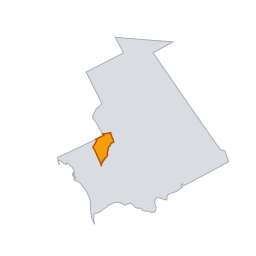 Atar, Adrar, Mauritania (highlighted), rotated 334°
{"feature_id": "47542326B12791497255333", "entity_name": "Atar", "entity_type": "district", "adm_level": 2, "iso_a3": "MRT", "parent_name": "Mauritania", "parent_adm1": "Adrar", "projection": "albers", "projection_center": [-13.574, 20.45], "detail": "fine", "context": "in_parent", "style": "filled", "palette": "amber", "viewbox_px": 256, "rotation_deg": 334, "n_neighbors": 0, "source": "geoboundaries", "source_scale": "gbopen_adm2", "svg_char_len": 4097}
<svg xmlns="http://www.w3.org/2000/svg" viewBox="0 0 256 256"><g transform="rotate(334 128 128)"><path d="M112.9,214.5L112.6,214.4L111.1,213.4L110.4,212.2L109.3,211.3L107.7,210.7L106.7,210.1L106.2,209.3L105.6,208.8L105.0,208.5L105.0,208.3L105.1,207.9L105.0,207.2L104.0,205.6L103.2,204.9L102.5,205.0L102.0,204.8L101.8,204.5L101.7,204.0L101.2,203.5L100.3,203.4L99.6,202.2L99.1,200.1L98.4,198.4L97.6,197.2L97.0,196.8L96.6,196.7L96.4,196.5L96.3,196.2L95.7,196.1L94.7,196.4L93.9,196.3L93.5,195.7L93.0,195.7L92.2,196.1L91.5,196.0L90.6,195.2L90.1,194.5L90.0,193.7L88.6,192.2L85.7,190.0L82.6,188.9L79.2,189.1L77.3,188.9L76.9,188.6L76.5,188.6L76.1,189.0L75.6,189.1L75.2,188.9L74.9,189.0L74.8,189.6L73.6,189.9L71.3,189.9L69.5,190.2L68.1,190.9L66.1,191.1L63.6,191.0L62.0,190.7L61.5,190.3L60.8,190.2L59.8,190.4L59.0,191.5L58.2,193.5L57.6,194.6L57.1,194.9L56.5,196.4L56.2,198.9L55.7,199.9L55.8,193.7L56.6,191.4L56.9,189.4L58.5,184.9L60.4,181.3L62.2,176.4L62.9,171.6L62.8,167.0L62.3,162.8L61.5,160.1L60.7,156.1L59.5,154.0L57.3,152.1L56.9,151.1L57.4,150.7L58.8,150.4L59.6,149.0L57.8,149.5L60.0,145.2L60.7,142.3L60.6,140.3L61.0,139.1L59.5,136.5L58.3,133.2L57.7,132.6L57.0,132.4L56.9,133.1L56.5,133.8L55.8,133.4L54.4,131.0L52.6,127.0L51.9,126.6L51.4,127.1L51.0,127.6L50.3,130.9L50.1,129.6L50.4,128.1L50.9,126.2L51.5,123.6L53.2,123.7L56.2,123.7L62.1,123.8L65.1,123.9L71.0,123.9L74.0,124.0L79.9,124.0L82.9,124.0L88.8,124.0L91.8,124.0L97.7,124.0L100.7,124.0L102.6,124.0L102.5,122.2L102.4,120.7L102.3,118.7L102.1,116.8L102.0,114.8L101.9,113.0L101.8,111.1L101.7,109.4L101.6,107.9L101.4,107.0L100.8,105.2L100.6,104.3L100.8,103.4L101.2,102.5L102.3,100.9L104.1,99.6L106.1,98.2L107.6,97.1L108.4,96.8L110.7,96.4L112.6,95.6L114.4,94.8L115.2,94.3L115.3,92.8L114.9,59.3L123.8,59.2L126.2,59.2L142.5,58.8L144.9,58.8L156.8,58.5L156.7,56.9L156.7,54.6L156.6,51.5L156.5,48.4L156.3,43.0L156.2,40.7L158.6,42.1L163.4,45.0L165.8,46.5L170.6,49.3L175.4,52.2L180.2,55.1L182.6,56.5L185.1,57.9L187.5,59.4L189.9,60.8L194.8,63.6L196.8,64.8L200.0,66.7L202.9,68.5L205.9,70.3L201.5,70.5L195.6,70.8L191.5,71.0L187.4,71.2L183.5,71.4L184.0,74.5L184.5,77.9L185.0,81.4L185.5,84.8L186.0,88.2L187.6,98.5L188.1,101.9L188.6,105.4L189.1,108.8L189.7,112.2L190.7,119.1L191.2,122.5L191.7,126.0L192.3,129.4L192.8,132.8L193.3,136.3L194.4,143.1L194.9,146.6L195.5,150.0L196.0,153.4L196.5,156.9L197.1,160.3L197.6,163.7L198.1,167.2L199.2,174.0L199.8,177.4L200.3,180.9L200.9,184.3L201.4,187.6L203.1,189.3L205.2,191.4L204.7,194.5L204.2,198.3L203.7,202.4L198.1,202.6L192.6,202.9L178.9,203.5L176.2,203.6L162.5,204.0L159.8,204.1L154.5,204.2L152.9,204.2L152.3,203.9L152.1,201.8L151.6,201.9L151.1,202.6L150.8,203.3L150.9,204.1L150.9,204.9L149.1,205.2L146.7,205.8L144.2,206.2L141.7,206.1L140.8,206.0L139.9,205.7L137.9,205.4L136.8,205.4L135.5,205.5L134.1,205.7L133.6,206.1L132.5,207.7L131.5,209.5L130.8,209.5L129.9,208.6L127.7,206.7L125.1,204.3L123.8,203.1L123.2,202.9L122.0,203.8L120.9,204.7L119.8,205.9L119.3,207.0L118.9,208.4L118.7,210.0L118.3,211.9L117.4,213.4L116.3,214.5L115.5,215.0L115.2,215.3L112.9,214.5ZM58.8,146.3L57.9,147.7L57.6,147.1L57.4,146.2L58.2,145.0L58.6,144.3L59.2,144.1L58.8,146.3Z" fill="#d9dde1" stroke="#a8b0b8" stroke-width="1"/><path d="M87.1,150.4L87.5,150.0L87.6,149.9L87.8,149.7L88.0,149.3L88.2,149.2L88.7,148.6L89.0,148.2L89.3,148.0L89.4,147.8L89.5,147.7L89.8,147.6L90.0,147.4L90.2,147.2L90.5,147.0L90.6,146.9L90.8,146.7L90.8,146.8L90.9,146.7L91.0,146.7L91.0,146.8L91.1,146.7L91.3,146.5L91.4,146.4L92.2,146.1L92.6,145.9L92.8,146.0L92.8,145.9L93.0,145.7L94.2,145.1L94.4,145.1L95.8,144.6L97.0,143.9L97.5,143.3L98.0,142.9L98.4,141.4L98.9,140.8L99.0,140.6L100.4,139.1L101.0,138.3L101.6,137.6L102.0,136.9L102.6,136.5L104.4,135.9L105.2,134.9L106.4,134.2L107.7,134.5L108.5,134.4L109.0,134.4L109.2,133.2L109.7,131.0L109.5,129.1L109.8,127.9L109.8,127.0L109.9,125.7L110.4,124.6L106.0,123.5L102.6,122.2L102.8,124.0L100.7,124.0L97.5,124.0L94.4,124.1L94.2,124.0L94.1,125.3L94.1,125.6L94.1,125.9L92.4,127.0L91.6,127.6L91.2,127.8L88.3,129.7L87.9,130.0L88.4,132.7L88.1,142.8L88.0,148.3L87.1,150.4Z" fill="#f59e0b" stroke="#b45309" stroke-width="1.5"/></g></svg>